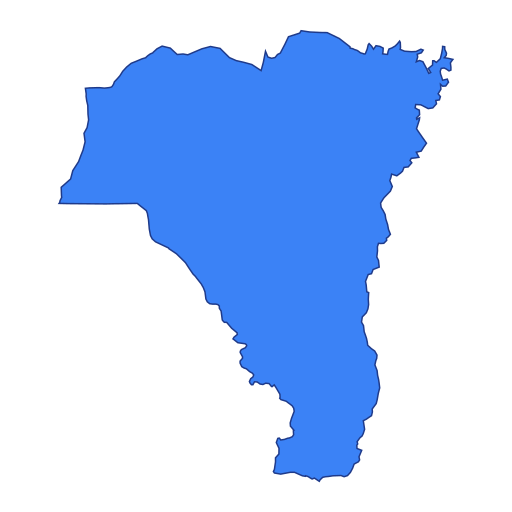 Faranah, Faranah, Guinea
{"feature_id": "49546643B80456504828542", "entity_name": "Faranah", "entity_type": "district", "adm_level": 2, "iso_a3": "GIN", "parent_name": "Guinea", "parent_adm1": "Faranah", "projection": "orthographic", "projection_center": [-10.65, 9.821], "detail": "fine", "context": "isolated", "style": "filled", "palette": "blue", "viewbox_px": 512, "rotation_deg": 0, "n_neighbors": 0, "source": "geoboundaries", "source_scale": "gbopen_adm2", "svg_char_len": 5436}
<svg xmlns="http://www.w3.org/2000/svg" viewBox="0 0 512 512"><path d="M85.4,88.3L86.2,93.9L86.1,96.4L86.7,100.8L87.8,105.5L88.0,114.1L88.6,119.9L87.1,127.6L84.0,133.3L85.1,141.8L83.0,150.2L81.0,155.2L78.6,161.6L72.8,170.6L70.6,179.0L61.2,187.3L61.5,195.6L61.7,197.4L60.9,199.0L60.1,200.6L59.7,202.5L59.1,203.4L68.1,203.6L104.8,203.9L106.3,203.9L116.3,203.7L118.5,203.7L124.3,203.6L137.1,203.4L137.4,203.5L140.6,206.1L146.3,210.6L147.4,213.4L147.8,215.9L148.5,219.7L149.3,229.1L150.5,235.5L151.6,237.7L152.2,238.8L152.3,239.0L152.6,239.2L155.5,241.8L168.6,248.0L168.9,248.7L176.5,253.8L182.6,259.8L185.5,262.7L189.2,268.4L193.0,274.0L195.5,276.5L196.5,277.9L201.3,284.0L202.5,286.2L203.1,287.2L203.3,287.6L204.1,289.6L204.8,291.4L205.0,292.0L205.9,299.0L206.5,300.2L207.3,301.8L209.7,303.7L211.8,304.0L212.7,304.1L215.9,304.1L217.9,304.6L218.7,305.4L219.3,306.0L219.3,307.2L219.4,308.4L221.1,311.0L221.8,316.2L222.2,319.4L222.3,320.0L222.9,320.8L224.3,322.3L225.5,322.3L226.7,322.4L231.7,328.3L237.1,332.8L237.2,334.2L237.3,334.5L234.0,337.2L233.0,338.9L236.8,341.9L237.8,342.7L245.3,343.8L246.3,344.6L246.7,345.7L245.4,347.7L241.4,349.6L240.3,351.2L240.2,352.5L242.5,356.7L242.5,358.3L240.1,361.1L240.1,363.1L241.6,366.3L241.7,366.6L244.0,368.0L246.4,368.8L249.6,371.6L252.4,373.2L253.7,374.9L252.9,377.0L250.7,378.7L249.4,381.5L250.0,383.0L251.4,384.7L252.9,384.7L254.5,381.8L257.2,382.0L259.1,383.3L260.0,384.0L262.9,384.5L265.7,383.2L269.2,383.6L271.3,386.3L272.0,386.7L272.4,386.4L274.2,384.9L275.9,387.4L279.9,394.2L280.1,397.3L279.7,398.2L280.9,399.6L286.1,401.2L292.1,405.7L293.7,408.2L294.2,411.3L292.5,415.8L291.5,418.4L290.2,422.9L290.4,425.6L290.9,425.8L290.4,425.6L290.4,426.1L293.6,429.9L293.4,429.9L293.4,431.9L293.6,434.7L292.8,436.0L292.3,436.7L289.1,438.1L288.1,438.1L286.9,438.5L284.5,439.4L281.3,439.9L280.7,440.0L279.8,438.7L279.3,438.1L278.0,438.3L277.8,438.4L277.5,439.2L276.3,442.5L276.7,443.4L279.0,448.3L278.9,454.0L275.5,457.8L275.5,462.0L274.4,469.4L273.9,470.5L273.4,471.5L274.4,473.0L280.7,474.1L283.9,473.5L290.3,472.3L291.5,472.3L294.5,472.3L302.4,475.8L305.4,476.3L305.6,475.8L306.3,476.0L307.0,476.2L308.2,476.6L310.2,477.9L312.1,479.0L314.4,478.1L317.0,479.8L318.5,480.8L319.3,481.3L320.0,479.9L322.7,477.3L325.6,476.7L328.2,476.5L332.9,475.8L341.0,475.5L344.1,476.7L347.5,475.6L350.4,472.4L352.6,468.2L354.1,464.1L355.7,463.2L358.4,461.8L359.6,459.9L359.0,456.8L361.7,450.3L357.0,448.5L356.8,445.2L357.7,444.0L357.6,443.5L357.1,441.7L360.0,437.7L362.0,436.1L363.2,433.7L364.6,429.3L363.7,423.4L363.3,420.7L366.3,419.2L369.6,416.9L371.5,415.7L372.4,411.9L372.2,409.0L373.3,407.5L376.2,403.6L377.2,399.6L378.3,393.3L379.7,387.9L379.1,382.9L378.6,379.6L377.6,375.3L377.1,370.6L374.9,364.9L375.8,360.7L376.7,358.4L377.0,355.1L374.7,351.0L371.3,348.6L367.7,345.3L367.3,342.2L366.5,338.4L365.3,334.8L364.2,331.8L363.5,325.6L361.5,322.1L362.3,316.9L366.3,312.8L367.9,308.9L368.6,304.6L368.3,299.3L368.5,295.4L368.7,292.6L366.8,291.8L366.2,285.1L365.5,281.4L368.2,274.5L371.5,273.7L373.1,269.5L379.2,267.1L378.5,260.5L376.8,257.0L377.5,250.9L377.4,246.7L377.6,246.1L378.5,243.3L380.8,243.5L383.8,243.3L386.7,240.4L386.4,238.2L388.2,236.9L390.4,234.3L388.5,229.4L387.6,224.6L385.8,219.0L385.1,214.5L383.2,210.7L381.2,207.5L380.9,205.7L380.6,203.0L383.0,199.2L384.0,197.7L390.4,191.1L392.3,186.5L389.8,180.6L390.9,177.4L391.0,177.0L391.6,174.1L396.8,175.8L400.6,173.0L402.5,171.2L404.0,167.4L408.2,166.9L411.8,162.8L410.0,160.5L411.3,158.3L415.2,157.9L418.9,157.3L416.3,152.2L421.2,151.1L423.8,147.0L426.5,143.2L422.4,137.4L419.0,132.5L416.5,128.8L419.3,120.0L419.6,117.8L416.7,119.3L416.5,117.9L419.6,114.7L419.3,110.1L417.6,109.4L415.1,107.8L415.7,104.5L420.8,104.8L428.2,108.6L432.8,107.9L436.5,103.8L435.8,100.5L439.4,99.9L440.4,96.6L438.1,93.8L440.9,89.2L440.5,84.3L442.6,86.2L445.7,86.0L448.5,82.2L447.5,79.7L447.3,79.1L442.6,80.2L441.4,76.3L440.6,74.2L440.2,71.3L441.2,68.4L442.5,68.2L444.2,68.0L446.4,69.1L449.0,70.9L450.9,70.1L450.9,67.2L450.4,62.9L451.1,61.8L452.9,59.4L448.5,58.4L444.3,57.7L446.2,55.4L446.5,53.2L445.5,51.0L444.8,49.5L444.7,46.7L442.6,46.4L442.5,48.6L441.7,53.1L440.3,58.7L436.4,62.4L434.0,60.7L432.7,60.8L432.5,65.1L430.6,66.6L428.3,68.5L430.7,72.5L428.8,73.4L426.3,68.1L422.9,61.7L419.5,60.5L416.3,61.8L417.7,56.9L417.2,54.2L421.4,52.8L423.2,50.1L420.9,49.2L416.1,51.5L411.5,51.7L404.6,51.2L400.2,49.4L400.5,47.4L400.3,42.5L399.6,41.1L397.4,43.8L395.2,46.0L391.8,48.0L389.0,49.0L388.1,51.4L387.5,54.4L385.2,54.2L382.6,53.8L383.0,51.9L383.2,48.1L379.9,46.4L376.0,45.7L373.5,49.2L371.6,46.2L369.1,43.6L368.2,44.8L367.2,49.1L365.3,53.8L364.0,54.0L363.5,53.7L362.9,53.5L360.4,52.8L358.4,51.2L356.9,50.3L354.6,49.6L352.8,48.7L350.1,48.1L350.0,46.8L339.3,38.5L327.1,32.6L320.3,32.5L309.7,32.0L301.1,30.7L299.7,33.1L288.5,36.7L284.9,44.3L280.3,53.1L277.5,54.5L275.1,57.5L271.6,58.3L268.1,57.1L267.9,57.0L265.5,51.3L263.3,62.5L261.1,70.6L251.8,64.5L243.7,62.3L236.2,60.6L229.4,57.6L221.4,49.7L220.1,48.4L210.5,46.5L201.9,48.8L187.8,54.8L183.1,54.0L177.2,54.5L173.8,51.4L170.3,48.1L162.1,46.1L161.0,46.7L157.0,48.8L154.2,51.4L153.3,52.2L153.0,52.6L152.6,53.0L151.2,53.5L150.0,54.1L147.8,55.7L146.1,57.2L145.8,57.7L142.1,58.8L136.2,61.3L131.2,63.3L126.7,67.0L122.8,71.2L119.9,75.8L116.9,79.2L114.4,81.8L113.5,84.3L112.0,86.6L111.9,86.7L110.9,87.2L109.1,87.6L106.6,87.9L104.4,88.1L99.9,87.7L96.6,87.7L93.7,87.8L89.7,87.9L85.4,88.3Z" fill="#3b82f6" stroke="#1e3a8a" stroke-width="1.5"/></svg>